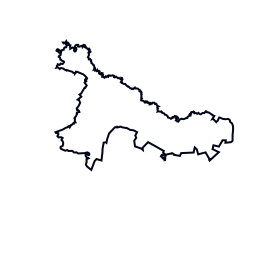 Abasolo, Guanajuato, Mexico (orthographic projection), rotated 117°
{"feature_id": "50627088B42096071159121", "entity_name": "Abasolo", "entity_type": "district", "adm_level": 2, "iso_a3": "MEX", "parent_name": "Mexico", "parent_adm1": "Guanajuato", "projection": "orthographic", "projection_center": [-101.545, 20.537], "detail": "fine", "context": "isolated", "style": "outline", "palette": "ink", "viewbox_px": 256, "rotation_deg": 117, "n_neighbors": 0, "source": "geoboundaries", "source_scale": "gbopen_adm2", "svg_char_len": 5735}
<svg xmlns="http://www.w3.org/2000/svg" viewBox="0 0 256 256"><g transform="rotate(117 128 128)"><path d="M169.0,136.9L161.6,139.6L158.1,141.2L152.1,143.0L150.7,141.2L150.9,140.5L147.3,141.5L141.4,142.4L133.7,140.1L133.0,139.8L132.6,138.3L131.9,138.3L132.0,137.3L130.2,135.3L130.0,133.3L128.6,129.0L128.7,125.4L127.5,121.9L127.6,118.0L131.4,118.1L133.0,116.2L136.5,116.7L141.2,113.4L140.3,106.9L140.8,104.8L139.0,106.0L131.5,103.7L132.2,85.7L134.2,85.4L134.3,84.0L135.5,83.8L136.1,83.8L136.7,85.7L138.3,85.8L138.6,82.8L139.2,83.0L139.3,81.2L140.1,80.8L139.8,80.4L138.0,81.1L137.6,81.6L134.4,82.0L131.3,78.2L131.1,77.6L130.4,77.4L130.6,74.9L131.0,74.8L129.3,69.1L126.2,69.2L120.1,58.4L115.0,59.7L115.8,57.0L119.6,53.5L114.5,47.8L118.4,41.9L118.7,41.5L118.2,41.5L118.2,41.2L118.7,41.3L119.3,40.9L119.6,41.1L120.0,40.5L108.3,36.1L108.4,43.1L104.6,44.0L103.3,38.6L96.0,38.2L94.6,35.3L96.9,34.5L94.0,30.0L92.9,29.3L91.7,29.1L87.1,31.5L81.8,33.6L78.8,35.2L76.8,37.2L76.0,40.1L75.1,40.5L74.6,41.2L74.4,42.8L75.9,45.1L76.9,47.9L76.9,50.2L77.3,51.5L81.1,51.4L81.9,52.0L82.7,52.1L81.5,55.4L81.4,56.5L81.8,56.9L78.1,56.6L78.3,58.1L78.1,58.1L77.5,63.0L78.2,65.1L77.6,65.6L77.7,66.2L80.0,66.8L80.6,68.2L82.8,69.5L83.0,70.1L82.6,72.2L83.7,72.5L84.0,72.9L83.8,74.3L84.8,75.6L84.4,76.3L83.6,76.4L83.5,77.0L84.5,77.7L85.1,78.8L85.6,78.9L86.1,78.3L87.0,78.3L87.3,79.2L87.9,79.3L88.0,78.2L88.5,77.9L89.5,79.0L91.0,80.0L92.2,79.7L93.1,81.0L94.8,82.3L95.5,84.6L97.2,85.8L99.5,86.1L99.8,87.1L99.2,87.9L99.4,88.6L98.2,88.4L98.3,88.9L97.8,89.7L97.1,89.6L96.7,89.0L97.0,88.1L96.7,87.6L96.2,88.1L95.6,89.9L96.0,91.7L97.0,91.8L97.6,92.7L98.1,92.4L98.6,93.4L99.3,93.2L100.3,93.9L100.1,95.4L100.5,97.1L99.7,97.8L99.0,99.8L99.4,101.3L98.6,102.4L99.0,104.2L98.5,104.7L98.7,105.3L98.2,106.0L98.7,106.4L99.4,108.6L99.9,109.1L99.0,109.3L98.0,110.3L97.1,110.1L96.6,111.2L95.7,111.3L94.9,110.6L94.8,112.4L93.9,113.3L94.3,114.5L93.7,114.6L93.9,115.4L93.6,116.3L94.3,117.6L95.2,117.6L95.4,118.3L96.0,118.4L96.0,119.2L96.7,118.8L97.1,119.4L96.4,119.6L96.5,120.6L96.1,120.1L95.7,120.1L96.1,121.0L96.1,121.9L95.6,122.7L96.1,124.2L96.8,124.1L97.0,123.6L97.7,124.4L96.8,126.4L97.4,128.8L95.7,129.6L95.3,129.1L94.5,130.2L93.7,130.3L92.7,131.1L92.1,131.0L91.7,131.8L90.5,131.8L89.9,132.4L90.2,132.8L90.0,134.3L89.1,134.1L88.9,134.6L88.9,135.9L88.5,136.6L88.6,137.7L89.5,139.7L88.8,140.2L89.1,140.6L90.2,140.7L91.1,141.2L91.0,142.2L91.5,142.5L91.3,143.1L91.6,144.1L91.0,145.5L91.2,146.5L90.8,146.9L91.1,147.7L90.1,150.5L90.5,151.5L90.7,153.6L90.2,153.9L90.5,154.4L90.4,155.2L87.3,155.0L86.2,155.9L86.3,156.8L87.1,156.6L87.8,156.9L87.5,159.0L88.2,159.5L87.6,162.1L88.9,162.7L89.1,163.6L87.8,164.3L88.0,165.6L88.8,166.3L89.3,167.5L89.7,167.7L89.5,168.3L90.0,169.3L90.4,169.5L91.3,169.1L91.3,169.9L92.2,170.2L92.0,171.2L93.8,171.7L93.6,172.3L93.8,172.7L93.3,173.3L93.7,173.8L93.1,174.2L93.6,174.5L92.2,175.1L91.6,174.7L91.4,175.1L92.0,175.9L90.8,175.9L91.0,176.5L91.7,176.4L92.7,177.6L92.5,178.5L91.5,178.7L91.3,179.4L90.6,178.9L90.4,179.1L90.3,179.9L91.0,180.0L90.7,180.5L91.0,181.0L90.5,181.6L91.3,181.5L91.6,181.8L91.3,182.7L91.8,183.5L90.4,184.2L91.3,184.9L89.3,185.1L88.8,186.0L87.6,186.7L87.6,187.9L86.8,188.9L86.7,190.1L86.0,190.3L85.4,191.4L84.3,191.6L84.3,192.8L83.9,193.1L84.6,194.1L83.2,195.2L83.0,195.9L80.8,195.8L78.9,197.4L78.3,196.5L77.1,196.0L76.8,196.2L76.7,197.2L77.0,197.8L76.7,198.1L76.0,197.6L75.4,197.8L75.1,198.5L75.6,198.6L75.5,199.4L75.9,199.6L75.5,200.7L75.8,201.2L74.5,203.0L75.5,202.9L75.6,203.9L74.4,204.0L74.0,204.6L74.1,205.3L74.8,205.3L75.1,205.7L76.2,205.6L75.9,205.9L75.9,206.7L77.8,208.5L77.6,209.0L78.0,209.7L76.6,210.2L77.4,211.8L78.5,212.3L80.6,212.2L80.8,211.9L80.3,210.6L81.1,209.8L83.1,209.5L83.6,209.6L84.0,210.3L83.6,211.3L82.2,211.7L81.7,212.3L81.2,212.4L81.5,214.0L83.6,215.4L82.1,216.1L82.0,216.7L80.5,216.9L80.7,217.9L80.6,218.5L81.3,219.2L79.9,219.9L79.5,219.6L79.2,220.4L79.9,221.3L78.8,222.4L80.9,222.6L80.9,224.0L81.3,224.7L81.8,223.8L81.2,223.0L81.1,222.1L82.3,220.1L84.1,219.7L84.9,221.0L86.1,221.2L87.4,220.8L88.5,222.1L90.0,222.2L89.6,226.2L90.3,226.9L91.4,226.9L91.7,226.7L91.6,225.0L92.2,223.4L91.5,221.9L93.4,221.2L94.9,222.1L96.0,222.1L96.1,220.6L97.8,219.2L97.6,218.6L98.0,218.0L97.9,215.5L98.2,214.9L100.4,215.2L100.8,215.5L101.2,217.3L102.8,217.5L103.1,219.5L103.9,219.2L104.8,219.6L105.6,219.1L106.8,219.2L105.8,217.8L106.4,215.6L106.0,215.6L105.0,214.9L104.7,214.1L104.4,212.2L104.7,211.8L104.7,208.9L104.2,208.9L103.2,203.0L103.7,201.6L103.0,200.1L103.5,199.9L102.1,199.5L102.0,199.8L101.5,200.0L101.0,198.8L100.5,192.0L101.5,188.5L102.3,187.0L103.1,187.0L102.4,187.9L104.4,188.2L105.5,187.7L105.5,186.6L107.4,187.2L108.8,184.1L111.5,184.3L111.5,184.8L112.1,185.0L118.7,185.4L120.2,186.4L121.3,183.8L125.6,185.7L125.4,184.2L127.3,182.1L131.3,182.0L132.7,182.4L133.1,182.2L133.8,182.6L135.1,181.5L134.7,180.3L135.0,179.4L135.8,178.6L137.4,180.5L138.2,180.0L138.3,180.3L139.0,180.1L138.9,180.4L139.1,179.9L141.0,179.7L143.5,180.2L144.0,179.9L144.1,179.3L145.9,178.6L146.9,177.3L147.8,178.5L148.8,178.3L148.9,179.0L151.0,179.6L151.2,180.1L153.5,180.2L153.0,180.7L152.9,181.3L153.9,182.0L154.4,181.9L156.0,183.5L159.0,185.4L164.6,190.7L165.1,189.9L164.4,187.7L165.4,187.1L167.3,187.2L167.9,185.8L166.5,183.2L166.6,181.7L168.8,181.9L169.2,180.7L170.3,179.2L172.1,178.4L173.5,178.1L175.4,179.4L176.4,179.1L177.0,178.1L176.7,173.6L175.3,172.2L175.5,170.6L173.7,167.3L174.3,164.8L173.1,162.9L173.3,160.8L169.7,154.7L168.8,154.0L168.2,153.1L168.2,151.2L168.9,150.5L169.8,150.5L170.1,151.2L170.2,152.9L171.2,153.6L172.1,153.0L173.0,151.4L172.6,150.0L172.8,149.3L174.6,150.8L177.3,149.3L178.9,149.2L179.8,148.8L180.9,147.0L182.0,141.7L172.6,142.7L170.0,142.0L169.0,136.9Z" fill="none" stroke="#020617" stroke-width="2"/></g></svg>